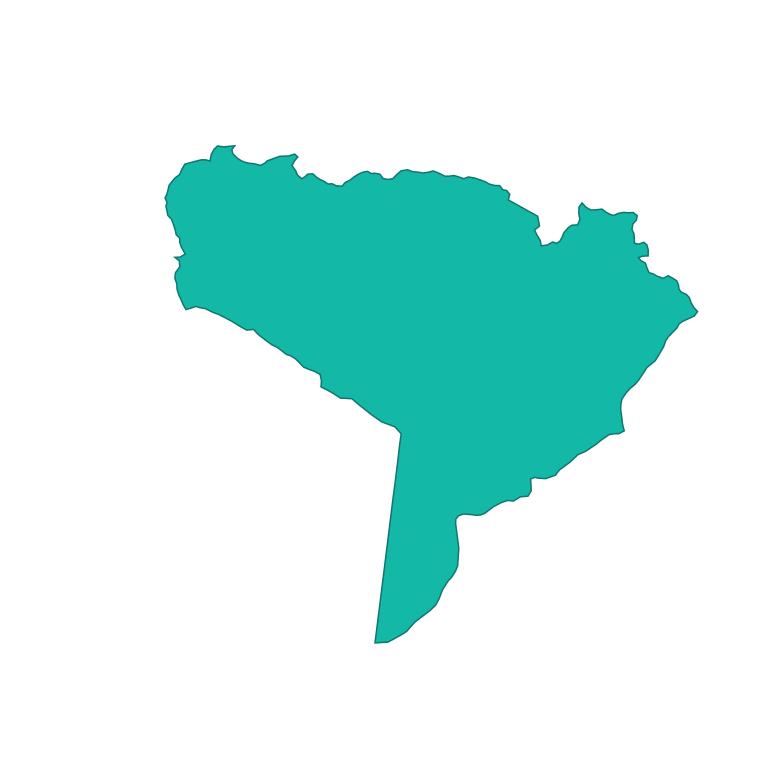 Canindé de São Francisco, Sergipe, Brazil, rotated 110°
{"feature_id": "56859067B69154990802768", "entity_name": "Canindé de São Francisco", "entity_type": "district", "adm_level": 2, "iso_a3": "BRA", "parent_name": "Brazil", "parent_adm1": "Sergipe", "projection": "albers", "projection_center": [-37.94, -9.729], "detail": "fine", "context": "isolated", "style": "filled", "palette": "teal", "viewbox_px": 768, "rotation_deg": 110, "n_neighbors": 0, "source": "geoboundaries", "source_scale": "gbopen_adm2", "svg_char_len": 3591}
<svg xmlns="http://www.w3.org/2000/svg" viewBox="0 0 768 768"><g transform="rotate(110 384 384)"><path d="M208.7,114.1L206.0,119.2L202.4,123.4L198.4,126.6L196.4,130.6L196.0,136.1L193.9,139.3L190.1,141.2L186.8,144.4L185.9,148.8L185.0,153.9L189.2,157.8L189.2,164.5L188.4,169.1L188.8,173.0L185.0,176.6L180.9,179.8L180.3,184.5L178.3,188.2L175.4,184.7L173.3,179.6L167.7,181.5L163.4,184.5L162.0,188.3L165.5,192.6L166.1,196.8L161.6,198.6L157.5,200.4L153.9,203.9L148.3,204.9L143.8,202.9L139.2,203.6L137.6,208.5L139.3,212.3L140.8,217.6L143.8,222.6L147.2,226.0L147.2,230.1L146.6,234.1L145.1,239.0L147.7,244.1L149.8,249.2L148.7,255.0L146.1,259.8L151.1,261.3L157.1,259.3L162.4,256.2L168.2,256.5L170.6,261.9L174.5,264.5L180.3,266.7L185.5,266.9L189.8,267.6L192.8,269.9L192.9,274.2L197.4,277.9L200.4,283.5L195.7,286.3L191.5,291.4L187.8,295.2L182.4,291.9L173.8,297.0L168.5,330.2L162.8,330.7L160.2,334.9L160.9,338.8L158.0,343.1L159.7,348.4L160.1,353.6L159.3,358.3L159.3,363.6L159.5,369.7L160.6,375.6L163.8,379.2L163.8,384.3L164.2,389.7L166.5,394.0L167.9,398.0L167.1,404.9L167.0,410.7L170.2,415.3L172.4,419.6L173.2,424.2L174.7,429.7L174.6,435.1L177.9,440.9L182.4,443.4L188.1,446.0L190.4,450.2L191.2,455.3L188.2,459.5L189.1,464.8L190.6,468.1L189.8,472.2L192.1,476.2L195.1,479.4L199.2,482.7L204.3,485.9L208.0,489.5L212.5,491.0L214.1,497.1L213.5,500.9L215.2,505.1L214.1,509.1L213.7,513.7L212.9,517.9L210.8,522.7L212.9,527.5L216.3,529.1L219.2,531.5L217.2,536.9L213.8,539.9L210.2,545.1L204.9,544.4L200.2,542.6L198.5,546.6L202.3,551.6L204.1,555.9L205.7,559.8L210.0,565.0L214.2,570.0L217.4,571.6L220.8,574.9L221.5,581.6L222.7,586.4L223.2,590.4L223.1,594.2L221.9,599.2L219.3,604.9L215.8,607.1L211.2,605.7L213.3,610.1L216.1,616.0L217.2,621.8L221.7,624.0L227.4,624.8L234.0,623.8L234.3,628.1L235.8,632.3L239.5,637.8L242.6,642.2L245.5,646.3L251.3,647.4L257.1,647.7L261.4,650.6L266.3,652.5L270.6,653.9L275.1,653.4L279.8,652.9L284.2,653.4L287.4,650.0L291.5,649.7L295.3,647.3L299.5,644.8L301.8,640.1L305.2,637.1L310.4,633.1L314.8,630.3L316.9,625.8L320.6,624.5L324.7,621.2L329.8,615.3L334.5,619.0L336.5,623.8L338.4,618.4L343.7,616.0L350.7,618.0L356.2,616.7L360.8,612.9L365.7,610.9L370.7,607.1L373.6,604.1L377.7,600.3L381.8,595.6L378.5,591.0L375.5,587.4L375.2,582.9L374.3,577.7L375.2,568.8L375.2,562.7L375.9,557.7L377.1,548.6L378.3,542.8L379.3,537.7L380.3,531.5L377.3,525.2L380.4,519.4L383.7,509.1L385.5,502.9L386.1,496.8L389.6,485.7L389.4,481.9L390.6,475.8L393.4,469.9L395.7,465.1L395.9,459.7L395.9,453.7L396.8,447.4L402.0,444.0L408.3,442.2L409.2,434.5L409.9,430.0L412.1,419.8L410.5,414.7L408.8,409.1L411.7,401.6L414.1,394.3L417.0,385.7L420.4,373.2L420.5,359.1L424.9,350.8L435.4,348.6L452.1,344.6L476.9,338.9L486.7,336.8L527.5,327.4L602.7,310.2L630.4,303.9L625.1,291.9L618.5,286.1L612.6,281.0L608.5,278.0L605.0,276.7L597.0,273.5L581.0,263.2L573.9,259.8L567.4,258.8L556.9,258.6L547.3,256.4L542.6,254.4L535.4,252.8L529.7,252.6L512.6,257.6L506.8,260.6L490.4,269.1L486.3,270.3L482.4,268.9L479.0,264.9L476.9,257.4L475.8,252.4L474.4,249.0L471.1,245.1L461.7,239.1L455.0,232.9L451.1,227.8L449.7,222.3L443.3,217.2L440.2,210.4L434.1,209.1L422.9,213.7L420.1,210.3L419.7,206.7L417.6,199.6L411.0,191.7L404.6,189.7L393.8,182.5L384.2,177.7L378.4,171.6L367.8,163.9L362.1,160.5L354.7,155.3L351.9,150.4L350.4,146.4L345.9,142.2L340.0,146.2L333.2,149.6L326.8,153.0L321.8,154.5L316.9,155.3L309.7,153.5L304.4,151.4L298.3,147.9L293.1,146.0L284.1,143.8L278.7,142.6L269.4,137.1L260.7,135.3L253.0,134.0L247.1,134.1L242.7,133.1L231.1,127.9L226.4,127.2L223.0,124.8L214.0,115.7L208.7,114.1Z" fill="#14b8a6" stroke="#0f766e" stroke-width="1.5"/></g></svg>